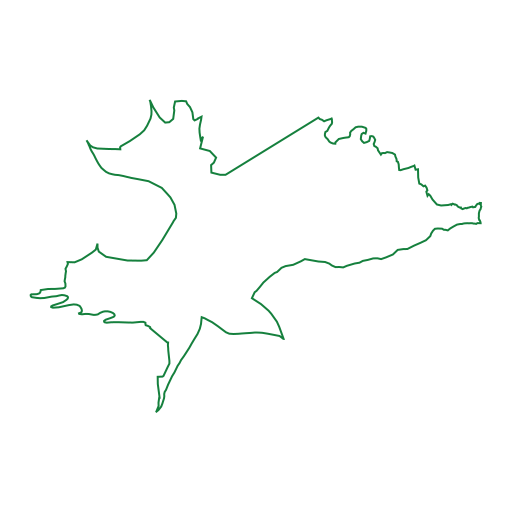 Hutan, Jawa Tengah, Indonesia
{"feature_id": "22746128B69994664325988", "entity_name": "Hutan", "entity_type": "district", "adm_level": 2, "iso_a3": "IDN", "parent_name": "Indonesia", "parent_adm1": "Jawa Tengah", "projection": "orthographic", "projection_center": [110.358, -7.173], "detail": "fine", "context": "isolated", "style": "outline", "palette": "green", "viewbox_px": 512, "rotation_deg": 0, "n_neighbors": 0, "source": "geoboundaries", "source_scale": "gbopen_adm2", "svg_char_len": 5984}
<svg xmlns="http://www.w3.org/2000/svg" viewBox="0 0 512 512"><path d="M203.0,136.7L200.7,139.7L200.2,136.7L199.6,132.6L199.4,128.6L200.0,124.5L201.1,119.7L201.5,116.7L197.9,118.5L197.8,118.9L194.6,120.4L193.3,119.1L192.4,112.3L190.0,107.1L187.2,103.9L186.1,101.3L181.8,100.9L175.1,101.5L173.8,107.6L174.3,110.4L173.2,118.9L169.3,122.2L165.2,122.6L159.7,117.5L153.3,107.4L150.2,100.9L149.6,99.9L150.3,101.7L151.0,106.0L151.4,110.1L151.5,111.3L151.4,114.7L150.5,118.6L147.1,125.7L144.2,130.3L139.8,134.3L129.8,141.1L120.8,146.3L120.1,147.3L120.3,149.3L116.0,149.1L108.7,149.0L97.3,148.5L93.0,147.3L90.2,145.5L86.5,140.3L87.2,141.4L87.5,142.0L88.3,143.6L88.8,145.0L89.4,146.1L89.7,146.9L90.2,148.2L90.6,149.2L91.8,151.5L93.2,153.7L94.2,155.5L95.4,158.0L96.9,160.9L98.3,163.4L99.6,165.4L101.4,167.9L103.8,170.0L106.1,171.9L109.1,173.4L112.1,174.2L115.0,174.8L118.7,175.1L123.3,176.0L126.5,176.8L129.6,177.5L131.1,177.9L138.3,179.2L148.6,181.2L161.8,187.9L167.3,193.9L170.4,197.4L174.5,204.8L176.3,213.6L175.9,217.8L173.4,221.4L173.1,222.1L162.2,240.2L153.8,252.6L146.8,260.2L141.0,260.7L127.4,260.5L106.1,256.8L98.8,251.6L97.5,247.6L97.5,243.6L95.8,249.6L92.0,252.6L81.8,259.3L76.8,261.4L74.6,262.3L74.3,262.3L67.5,262.1L67.9,263.9L67.2,265.5L66.8,266.4L65.5,268.8L66.0,271.3L65.7,272.9L65.3,275.9L65.3,277.1L64.8,279.8L64.6,281.3L65.4,283.6L65.5,286.4L64.9,287.6L63.3,288.3L55.4,288.9L48.0,289.0L39.9,290.2L40.3,290.2L40.7,290.8L40.1,292.6L39.0,293.5L36.8,294.2L33.1,294.3L31.4,294.3L30.7,294.9L30.7,295.8L31.1,296.6L31.9,297.2L34.7,297.6L36.5,297.9L40.1,298.2L44.3,298.0L51.7,296.6L56.4,296.2L59.2,295.5L61.9,295.0L64.5,295.3L67.2,296.2L68.0,297.2L67.7,298.6L66.5,299.8L63.1,302.1L58.3,303.7L52.6,305.5L51.2,306.4L51.2,307.1L52.9,307.7L58.7,307.3L68.9,305.1L73.7,304.4L76.8,304.7L79.6,305.9L80.7,307.4L81.6,309.1L81.9,310.8L81.6,311.9L80.8,312.6L79.0,313.3L79.2,313.9L82.0,314.3L85.6,313.9L88.9,314.0L93.6,314.9L95.7,314.8L97.8,314.4L100.1,312.9L103.0,311.7L105.1,311.3L107.6,311.3L110.4,311.9L112.9,313.0L114.3,314.2L114.7,315.4L114.2,316.4L113.0,317.1L110.9,317.9L110.4,318.1L105.7,319.7L104.1,320.9L104.1,321.7L104.7,322.3L106.7,322.7L110.8,322.3L114.2,322.2L118.6,322.2L127.6,322.5L132.8,322.6L140.3,321.9L143.5,321.9L145.4,322.7L145.5,324.5L145.7,325.2L147.9,325.9L150.1,327.1L150.5,328.3L150.4,328.4L167.2,342.4L168.1,342.5L167.9,345.2L168.2,348.4L168.2,349.2L168.3,350.8L169.4,360.9L169.4,363.6L167.6,367.2L163.5,375.9L162.5,376.6L157.7,376.8L157.8,384.0L159.6,397.7L159.2,397.7L158.5,402.7L158.6,406.0L156.4,411.5L155.8,412.1L156.0,412.0L158.4,410.1L161.2,406.6L162.4,403.5L162.7,402.5L164.0,398.4L164.3,396.3L164.2,394.0L164.7,391.9L166.0,389.9L168.1,384.6L172.1,376.2L174.4,372.5L176.4,368.4L177.7,365.7L179.5,363.1L181.1,360.0L183.8,356.3L186.4,352.3L189.3,347.8L191.8,343.3L192.0,343.0L194.2,339.3L197.5,334.0L199.8,328.8L201.0,324.0L201.4,320.0L201.7,317.2L204.7,318.3L207.6,319.9L212.1,322.2L214.7,324.0L218.0,326.3L222.1,329.4L226.0,332.3L229.3,333.7L233.5,334.0L238.3,333.8L241.7,333.5L245.9,333.2L251.0,332.9L255.2,332.5L258.9,332.6L262.2,332.8L267.7,333.7L274.5,335.0L279.6,336.0L283.4,338.9L283.6,338.9L279.2,326.8L276.9,321.7L271.3,313.8L268.6,310.7L261.0,304.1L251.9,298.2L254.7,292.2L256.5,290.9L259.9,286.9L263.4,282.5L269.6,276.9L274.7,272.9L277.1,272.0L281.5,267.8L285.6,266.1L293.2,264.8L300.9,261.3L304.8,259.1L318.4,261.5L325.1,262.0L329.3,263.6L331.9,265.5L335.5,267.1L339.2,267.0L343.2,267.4L346.9,265.8L354.7,263.5L359.5,262.7L362.8,260.9L367.9,259.9L373.2,258.4L377.4,258.3L381.1,259.1L386.0,257.4L392.9,254.5L397.7,249.9L403.2,249.1L407.4,249.0L414.1,245.6L420.3,242.9L426.0,240.2L430.3,236.1L431.2,233.5L433.0,230.7L434.9,228.8L437.8,228.5L442.1,228.7L443.9,229.8L445.4,229.8L447.8,230.4L450.3,228.4L453.5,226.5L457.0,224.6L460.2,224.0L462.0,224.0L462.8,223.7L464.2,223.4L465.5,223.3L467.3,223.2L468.8,223.3L470.5,223.2L472.1,223.2L473.7,223.6L474.8,223.6L476.2,223.9L477.4,223.1L480.6,223.2L480.5,222.1L480.3,221.8L479.8,220.3L479.2,220.0L478.7,217.9L478.9,216.8L478.9,214.6L478.9,213.3L479.2,212.1L479.4,211.2L479.8,210.2L480.5,209.3L480.9,207.7L481.3,206.6L480.8,205.5L480.8,204.4L480.9,203.0L479.8,202.9L479.5,203.9L478.5,203.6L477.2,204.1L475.8,205.9L475.3,206.9L474.2,207.1L473.0,207.3L472.4,206.6L471.6,206.8L470.7,207.0L470.2,207.1L469.1,207.5L468.4,207.7L467.6,207.8L466.8,208.3L465.7,208.0L464.3,208.4L462.6,209.1L461.2,208.4L460.9,207.5L459.9,207.6L458.2,206.8L457.3,205.9L456.7,205.1L455.0,204.4L454.6,204.6L453.5,204.0L452.6,203.7L451.4,204.9L450.9,204.2L449.6,204.6L448.1,205.0L441.1,205.5L436.9,204.5L432.5,199.5L430.4,195.9L430.2,195.6L428.7,194.2L427.5,195.8L426.5,192.3L426.4,191.5L426.9,191.0L427.4,190.3L427.1,189.5L426.7,188.0L426.1,187.0L425.1,185.6L423.5,186.3L421.3,184.4L419.3,183.6L418.2,177.5L418.0,169.3L415.6,169.7L414.4,165.6L414.1,165.8L411.0,166.9L408.4,168.0L403.5,169.2L400.5,170.2L399.2,170.0L398.9,167.4L398.7,164.4L397.9,161.8L396.7,161.3L396.5,159.0L395.4,156.5L395.0,154.6L392.3,153.0L389.7,152.5L387.1,152.1L385.0,153.1L383.2,153.0L381.9,153.2L380.9,154.6L378.0,150.3L377.6,148.3L375.9,146.8L374.3,146.0L373.7,144.0L374.5,142.2L375.2,139.9L374.5,138.5L374.0,137.6L373.3,136.6L371.8,136.1L370.2,136.3L369.8,138.7L369.3,140.6L369.2,140.9L366.8,142.1L364.0,142.9L362.2,141.3L360.8,139.1L361.2,135.7L361.7,134.0L363.5,132.8L365.5,133.6L366.3,130.8L366.3,128.8L365.6,127.9L364.1,127.4L361.9,126.7L358.1,126.7L355.6,127.3L353.5,129.2L351.3,130.9L350.1,132.6L350.2,134.4L349.7,136.3L348.8,137.2L347.5,137.4L345.7,137.6L343.8,137.9L342.3,138.2L338.8,139.0L335.4,142.4L335.3,143.7L333.0,143.5L330.5,142.5L329.2,141.5L327.7,139.2L325.7,137.3L324.9,135.7L324.9,134.0L325.4,132.0L327.3,130.9L329.0,127.5L330.1,125.8L331.8,123.8L332.1,122.3L331.9,120.4L331.9,119.3L331.6,118.5L330.6,119.0L326.4,120.3L324.1,121.3L322.0,119.8L319.7,119.0L318.4,117.6L226.2,174.4L225.5,174.8L220.2,174.8L211.4,172.6L211.1,165.1L213.9,162.6L216.1,157.6L209.8,151.0L200.1,148.4L203.0,136.7Z" fill="none" stroke="#15803d" stroke-width="2"/></svg>